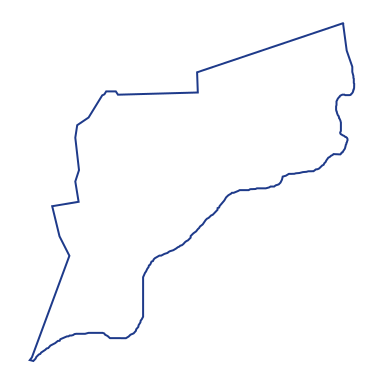 San Pablo, Heredia, Costa Rica (orthographic projection)
{"feature_id": "36466004B49814687345557", "entity_name": "San Pablo", "entity_type": "district", "adm_level": 2, "iso_a3": "CRI", "parent_name": "Costa Rica", "parent_adm1": "Heredia", "projection": "orthographic", "projection_center": [-84.088, 9.992], "detail": "fine", "context": "isolated", "style": "outline", "palette": "blue", "viewbox_px": 384, "rotation_deg": 0, "n_neighbors": 0, "source": "geoboundaries", "source_scale": "gbopen_adm2", "svg_char_len": 2810}
<svg xmlns="http://www.w3.org/2000/svg" viewBox="0 0 384 384"><path d="M343.7,23.0L197.1,72.3L197.8,92.5L118.0,94.7L115.8,91.4L106.2,91.4L104.4,94.3L102.2,95.4L88.6,117.5L77.2,125.2L75.3,137.7L79.0,170.1L75.3,181.5L78.6,201.8L52.2,206.2L59.5,236.3L69.4,255.8L31.9,357.4L29.8,360.1L33.3,361.0L34.4,359.9L35.6,358.6L36.3,357.0L38.8,354.5L40.3,353.9L41.1,352.6L45.3,349.8L46.6,348.5L48.2,348.1L50.4,345.6L55.2,343.1L57.9,340.9L59.6,340.8L60.4,339.2L66.9,336.4L68.6,336.3L69.6,335.5L71.4,335.5L73.0,335.1L74.5,334.1L76.2,333.8L85.1,333.8L88.4,332.9L102.7,332.9L104.3,333.5L105.1,334.7L107.6,336.0L109.9,338.1L125.9,338.2L128.7,336.5L130.5,334.7L133.6,333.4L135.9,330.8L136.2,329.3L138.3,326.9L138.6,325.2L140.4,322.4L140.7,320.6L141.7,319.4L143.1,316.7L143.1,277.2L145.1,272.7L145.9,271.7L147.4,268.6L148.5,267.2L148.9,265.5L150.2,264.6L151.5,261.6L153.0,261.0L153.7,259.4L154.9,258.2L159.4,255.6L161.2,255.6L164.4,253.9L167.6,252.9L168.5,252.0L170.0,251.2L173.3,250.2L176.3,248.4L177.7,247.3L179.3,246.6L180.2,245.7L181.9,245.2L183.3,244.1L185.0,242.2L186.4,241.1L187.9,240.4L190.6,237.7L190.7,236.0L193.4,233.3L196.1,231.4L197.8,229.2L199.1,228.0L200.0,226.5L202.7,224.4L205.7,220.0L207.0,218.7L208.6,217.9L211.2,215.4L212.7,214.8L217.5,209.8L217.6,208.1L219.1,207.5L219.7,205.9L224.3,200.5L226.1,197.4L228.4,195.2L231.0,193.7L231.9,192.8L233.7,192.8L238.3,190.9L239.7,190.1L248.7,190.1L250.2,189.2L255.5,189.0L257.0,188.3L265.9,188.3L269.2,187.4L270.6,186.5L274.2,186.5L275.6,185.4L278.7,184.4L280.5,182.6L282.0,179.6L282.7,176.6L285.9,175.7L288.8,173.9L294.2,173.8L295.9,173.3L299.4,173.0L302.9,172.1L306.5,171.8L308.2,171.3L313.5,171.2L315.9,169.4L317.6,169.2L319.1,168.5L322.2,165.5L323.6,164.8L324.3,163.3L325.6,162.0L326.3,160.5L328.3,157.7L329.8,156.9L331.1,155.7L332.6,155.0L333.5,154.1L340.3,154.4L340.7,154.1L341.7,152.5L342.3,152.5L342.7,152.1L343.6,150.5L344.6,149.1L344.9,148.5L345.3,147.2L345.4,146.5L345.7,145.8L345.7,145.1L346.4,143.8L346.4,143.0L346.8,142.5L347.2,141.0L347.5,140.5L347.5,139.0L347.0,137.9L346.1,137.1L345.4,137.0L344.5,136.2L343.9,135.8L342.5,135.2L342.0,134.8L340.7,134.1L340.5,133.5L340.2,133.1L340.2,132.4L340.8,131.2L340.9,130.5L340.9,122.4L340.7,121.9L340.4,120.6L339.6,118.8L339.1,118.2L339.1,117.5L338.8,116.9L338.7,116.2L337.9,115.3L336.9,112.7L336.9,112.0L336.5,111.4L336.4,110.7L336.1,110.0L336.1,106.4L336.5,105.0L336.5,101.3L337.2,100.1L337.4,99.4L338.2,98.2L339.1,97.1L339.6,96.8L339.8,96.2L340.4,95.6L342.3,94.7L344.5,94.7L345.1,95.1L349.5,95.1L350.2,95.0L350.8,94.7L351.1,94.1L351.6,93.8L352.4,92.8L353.1,91.6L353.1,90.9L353.4,90.5L353.4,89.8L353.8,89.4L353.8,88.7L354.1,88.1L354.2,83.7L353.8,83.0L353.8,78.6L353.5,78.2L353.4,77.5L353.4,76.1L352.3,71.9L352.3,66.8L346.7,50.6L343.1,23.8L343.6,23.1L343.7,23.0Z" fill="none" stroke="#1e3a8a" stroke-width="2"/></svg>